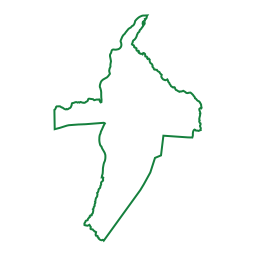 the district of Bom Jesus da Lapa, Bahia, Brazil
{"feature_id": "56859067B88017045817221", "entity_name": "Bom Jesus da Lapa", "entity_type": "district", "adm_level": 2, "iso_a3": "BRA", "parent_name": "Brazil", "parent_adm1": "Bahia", "projection": "orthographic", "projection_center": [-43.321, -13.283], "detail": "fine", "context": "isolated", "style": "outline", "palette": "green", "viewbox_px": 256, "rotation_deg": 0, "n_neighbors": 0, "source": "geoboundaries", "source_scale": "gbopen_adm2", "svg_char_len": 5739}
<svg xmlns="http://www.w3.org/2000/svg" viewBox="0 0 256 256"><path d="M201.2,108.4L201.6,107.8L201.4,107.2L201.3,106.4L201.1,105.3L201.1,104.6L200.7,103.8L200.2,103.2L200.1,102.5L199.5,102.0L199.1,101.4L198.2,101.0L197.4,100.5L196.8,99.9L196.4,99.3L195.9,98.8L195.5,98.5L195.0,98.3L194.9,97.6L194.6,97.0L194.1,96.4L193.5,95.7L193.1,95.0L191.5,93.4L190.5,92.6L188.9,92.7L188.1,93.0L187.3,93.1L186.4,92.9L185.9,92.6L185.5,92.1L184.8,91.7L183.8,91.1L183.2,90.8L182.7,91.1L180.8,91.6L180.0,91.4L179.4,91.8L177.9,91.0L177.4,90.6L176.8,90.3L175.9,89.9L175.4,89.2L174.8,87.5L174.0,87.1L173.4,87.5L172.8,87.4L172.1,86.8L171.5,86.5L171.0,86.1L170.2,84.6L169.5,83.8L169.2,82.7L168.6,82.2L168.2,81.7L168.1,81.1L167.8,80.2L167.3,79.4L166.6,79.8L165.5,80.2L164.9,80.1L164.1,79.7L163.5,79.6L162.8,79.0L161.6,77.5L161.3,76.3L161.7,74.8L160.3,73.6L159.8,72.8L159.4,72.0L158.6,71.7L158.0,71.3L157.2,70.6L156.9,69.9L156.1,69.9L155.2,69.5L154.4,69.6L153.9,69.0L153.6,68.1L153.1,67.4L152.6,67.0L152.4,66.2L152.6,65.5L151.9,64.1L150.4,63.0L150.1,62.4L149.8,61.7L149.6,60.8L149.7,59.6L149.2,59.2L148.9,58.7L148.2,58.8L147.7,59.0L147.2,58.4L147.4,57.8L147.2,57.2L146.6,56.6L145.9,56.6L145.3,56.4L145.3,55.8L145.1,55.0L145.1,54.1L144.4,53.4L143.9,53.1L143.3,53.0L143.0,53.9L142.6,54.4L142.1,54.0L141.5,53.8L140.4,53.8L139.8,53.4L139.5,52.8L138.8,52.8L138.5,52.3L138.9,51.7L138.7,50.9L138.1,50.7L137.2,50.8L136.7,50.5L136.4,49.8L136.3,48.9L136.5,48.4L135.5,47.6L134.8,47.6L134.1,47.0L134.1,46.1L133.7,45.3L132.4,44.8L131.9,44.1L132.2,43.6L132.4,43.0L132.7,42.4L132.7,41.8L133.2,40.6L133.7,40.1L134.2,39.9L134.9,39.2L135.8,38.0L136.7,36.2L136.8,35.3L137.1,34.7L137.4,34.2L137.6,33.5L138.0,32.8L138.7,32.3L139.4,31.6L139.5,30.8L139.9,30.0L140.6,29.4L141.3,28.6L141.7,27.9L142.8,26.5L143.9,24.7L144.3,24.3L144.7,23.6L144.6,22.8L143.9,22.7L143.4,23.1L142.8,24.3L142.6,23.5L142.9,21.8L144.3,20.7L144.9,20.6L144.8,20.0L145.4,19.4L145.1,18.9L146.0,18.6L146.5,18.0L146.7,17.3L146.9,16.0L147.3,15.4L145.2,15.5L143.9,15.5L142.2,15.7L140.3,16.5L139.2,17.1L138.0,18.0L136.6,19.3L135.2,20.9L135.0,21.7L134.6,23.2L134.0,24.5L133.5,25.1L133.0,25.6L131.9,26.2L130.8,27.5L129.5,28.2L128.9,28.6L128.5,28.9L125.5,32.6L124.9,33.6L124.2,34.3L123.4,35.0L122.6,36.2L122.2,36.9L120.7,40.5L120.6,41.7L121.0,42.4L121.2,43.2L121.4,44.7L121.3,45.8L121.0,46.7L120.6,47.4L120.0,48.1L119.3,48.7L118.3,49.2L116.4,49.6L115.4,49.7L113.3,49.5L112.8,49.6L112.1,50.0L111.6,50.8L111.2,52.4L111.0,53.0L110.2,54.3L110.0,55.1L110.0,56.2L110.5,58.6L111.0,61.3L110.4,64.4L110.4,65.3L110.5,66.3L110.2,67.3L109.6,68.5L109.2,70.6L109.3,71.6L109.5,72.4L109.8,73.3L109.9,73.8L108.4,75.9L107.1,77.3L104.4,78.8L102.9,79.7L101.5,81.0L100.8,82.2L100.0,84.7L99.8,86.2L99.9,87.2L100.3,88.0L100.7,89.5L101.0,90.6L101.2,92.3L101.2,94.7L101.3,98.0L101.5,99.3L101.5,100.8L101.4,102.1L100.7,102.4L100.1,101.7L99.8,101.0L99.6,100.2L99.1,99.4L98.3,99.6L97.6,99.6L97.1,99.5L96.3,99.6L95.0,100.0L94.2,100.2L93.0,99.2L90.5,98.9L89.4,98.7L88.6,98.8L88.2,99.2L87.7,100.8L86.8,101.5L85.9,101.9L85.5,102.4L84.0,102.9L83.4,102.7L82.7,102.7L82.0,102.5L81.3,102.2L80.5,102.0L79.6,102.6L78.9,102.2L78.3,102.3L77.7,102.6L76.4,102.1L75.9,102.1L74.8,102.4L73.6,102.9L72.9,103.0L72.1,103.2L71.7,104.2L71.7,105.0L70.9,107.0L70.3,107.8L69.6,108.2L69.0,108.4L68.2,109.0L67.5,109.3L66.6,109.0L66.1,109.4L65.3,109.3L64.6,109.0L64.0,108.7L62.5,107.6L61.6,107.4L60.7,106.8L59.9,106.3L56.7,106.4L56.2,106.8L55.9,107.7L55.1,109.4L54.4,109.9L54.7,129.2L60.0,127.8L67.0,125.6L68.9,125.2L78.3,124.5L85.7,124.2L103.7,122.8L104.3,123.0L104.9,123.4L104.0,124.9L102.9,127.3L101.9,129.6L101.0,131.4L100.7,132.4L100.6,133.1L100.4,133.7L100.1,134.2L99.7,135.3L99.4,137.1L99.3,140.0L99.4,141.3L99.6,142.7L100.0,144.4L100.4,145.5L101.5,146.6L101.7,147.5L102.4,148.9L104.0,151.6L104.7,152.9L105.3,154.8L105.4,155.6L105.4,157.5L105.3,158.8L104.9,160.8L104.0,162.9L103.6,164.4L103.0,167.8L102.9,168.8L102.9,170.3L102.7,173.1L102.6,173.8L102.4,174.6L102.1,175.3L101.7,177.4L102.8,177.3L103.3,177.8L103.0,178.4L102.9,179.2L103.1,179.7L103.1,180.4L102.7,181.0L102.3,181.3L101.6,181.8L101.2,182.5L101.0,183.1L101.2,184.3L101.0,184.9L100.5,185.6L100.3,187.2L100.1,187.8L99.5,188.5L98.8,189.1L98.5,189.9L98.5,190.7L97.8,192.4L97.1,193.0L97.5,194.4L97.2,195.7L97.2,196.3L96.8,197.0L96.1,197.9L95.6,199.3L95.6,200.0L95.3,201.2L95.0,201.8L95.4,202.2L95.3,203.0L94.9,203.6L94.5,205.0L94.7,205.7L94.4,206.4L93.8,207.0L93.7,207.7L93.6,208.3L93.3,208.8L92.9,209.2L93.3,209.7L93.3,210.5L93.1,211.6L92.7,213.3L92.3,213.8L91.8,214.2L91.7,215.3L91.1,215.5L90.4,215.4L89.7,216.2L89.8,217.1L89.0,217.6L88.6,218.2L88.1,218.7L87.8,219.4L87.6,220.2L86.0,220.7L85.5,221.3L85.2,222.3L84.7,222.9L84.4,223.6L84.6,224.3L84.4,224.9L84.8,225.2L85.5,225.4L86.1,225.4L86.7,225.6L87.6,225.7L88.3,225.4L88.8,225.1L89.4,224.8L90.0,225.7L90.3,226.4L90.8,227.0L90.6,227.9L90.5,228.8L91.0,229.2L92.7,229.4L93.2,230.1L94.0,230.8L94.6,231.5L95.3,231.6L96.1,232.1L95.7,234.0L95.6,234.7L95.9,235.6L97.1,235.8L97.6,236.1L97.6,236.9L98.6,237.7L98.5,238.4L100.0,239.7L101.3,240.2L102.0,240.2L102.8,239.8L103.4,240.0L103.8,240.6L140.3,190.1L143.8,184.3L150.3,172.5L155.0,157.9L161.0,155.4L163.4,135.7L188.0,137.4L192.3,137.5L192.8,135.8L192.9,134.7L192.8,134.1L193.0,132.1L193.5,130.7L193.9,130.1L194.5,129.6L195.3,129.9L195.8,130.5L196.7,130.6L197.5,130.6L198.4,130.9L199.1,130.7L199.8,130.3L200.7,130.1L200.6,129.3L200.8,128.7L200.7,127.8L200.3,127.0L200.0,126.2L200.0,125.6L200.4,125.0L200.6,124.1L200.5,123.4L200.0,123.1L199.4,122.0L199.2,121.1L199.7,120.3L199.4,119.7L199.2,119.0L199.4,118.4L199.6,117.0L199.8,116.5L200.1,115.0L200.2,114.4L199.9,113.8L200.4,113.3L200.3,112.8L199.5,110.4L199.3,109.8L199.3,109.0L199.9,108.4L200.5,108.0L201.2,108.4Z" fill="none" stroke="#15803d" stroke-width="2"/></svg>